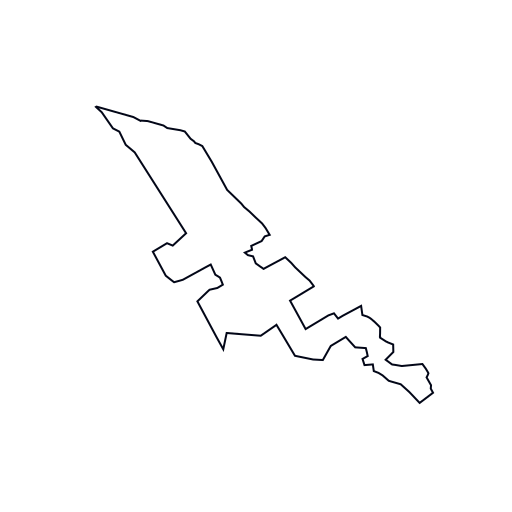 Wekilbazar, Mary, Turkmenistan, rotated 329°
{"feature_id": "10190150B57236240934442", "entity_name": "Wekilbazar", "entity_type": "district", "adm_level": 2, "iso_a3": "TKM", "parent_name": "Turkmenistan", "parent_adm1": "Mary", "projection": "natural_earth1", "projection_center": [61.577, 38.453], "detail": "fine", "context": "isolated", "style": "outline", "palette": "ink", "viewbox_px": 512, "rotation_deg": 329, "n_neighbors": 0, "source": "geoboundaries", "source_scale": "gbopen_adm2", "svg_char_len": 2000}
<svg xmlns="http://www.w3.org/2000/svg" viewBox="0 0 512 512"><g transform="rotate(329 256 256)"><path d="M222.5,73.8L196.7,46.3L196.2,45.8L195.6,45.8L197.1,50.9L197.8,53.3L199.1,72.9L202.9,79.0L201.6,93.6L205.4,104.7L207.8,200.5L207.3,200.6L191.4,203.9L190.0,204.2L186.3,199.2L169.8,199.2L168.5,226.4L171.1,233.3L172.2,236.1L172.3,236.3L178.4,238.0L181.1,238.7L206.9,239.7L212.8,240.0L211.5,251.1L213.1,254.1L214.0,256.0L213.4,260.0L212.8,263.5L206.4,263.5L198.8,261.0L196.4,261.5L182.4,264.7L180.4,304.9L179.9,319.1L191.2,306.9L203.6,315.8L219.0,326.8L237.5,325.6L238.1,325.5L238.1,337.4L238.0,361.6L239.3,362.8L251.6,374.1L259.7,379.6L272.0,372.6L273.8,371.6L291.3,371.6L292.1,375.9L294.0,385.4L302.7,391.5L301.5,395.5L300.2,399.3L294.3,399.1L292.8,405.4L300.3,409.1L298.0,414.6L297.7,415.3L300.8,419.3L303.0,423.5L305.5,431.3L307.1,433.1L314.0,440.5L317.4,451.7L320.6,466.2L322.6,466.0L337.3,464.4L337.5,459.7L337.7,459.4L339.5,456.9L339.5,455.7L339.7,447.9L341.9,446.5L342.8,445.8L343.4,445.3L343.5,443.9L343.5,440.0L343.0,434.3L324.3,425.4L319.3,421.1L316.8,419.1L316.7,418.9L313.7,411.7L324.3,409.0L328.0,402.5L324.4,397.8L324.2,397.3L323.6,396.6L320.3,389.9L320.7,389.3L320.6,389.1L322.6,386.1L325.6,381.2L325.1,378.8L323.8,373.8L322.2,369.0L321.5,367.4L320.1,365.1L316.8,361.4L320.4,352.9L299.7,351.9L294.1,351.9L293.3,345.3L287.5,344.2L260.9,344.2L261.4,332.5L262.2,312.1L262.2,311.8L289.9,311.8L290.0,311.3L289.3,304.7L287.5,299.4L283.7,285.8L282.7,280.3L280.5,272.4L280.4,272.1L255.8,270.9L254.9,268.7L254.3,267.5L253.1,264.7L252.0,262.2L253.3,254.8L249.5,251.1L248.2,247.4L251.0,247.8L255.8,248.6L256.2,247.7L257.1,244.9L268.5,246.1L273.1,243.9L273.6,243.7L278.6,244.9L278.6,243.6L278.6,236.9L278.0,231.3L275.5,222.7L273.3,214.5L271.0,207.9L270.4,203.6L265.3,184.5L266.6,152.5L266.6,134.1L264.4,130.6L262.2,127.9L261.9,125.7L260.3,121.8L259.1,112.6L255.9,109.2L245.8,100.6L243.9,96.5L232.7,84.6L227.3,80.8L226.7,80.8L222.5,73.8Z" fill="none" stroke="#020617" stroke-width="2"/></g></svg>